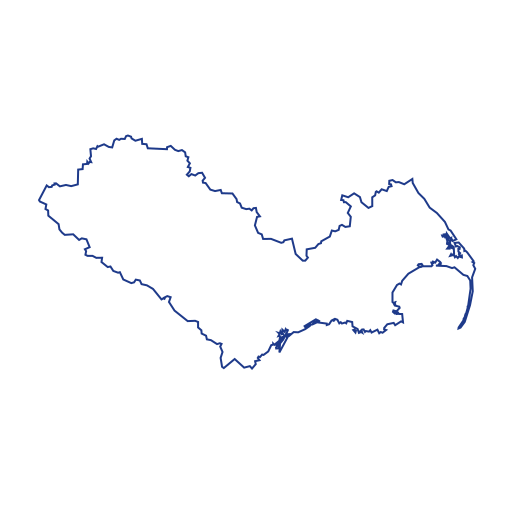 the district of Tasman District, Tasman District, New Zealand, rotated 93°
{"feature_id": "76426892B40420864534448", "entity_name": "Tasman District", "entity_type": "district", "adm_level": 2, "iso_a3": "NZL", "parent_name": "New Zealand", "parent_adm1": "Tasman District", "projection": "albers", "projection_center": [172.761, -41.402], "detail": "fine", "context": "isolated", "style": "outline", "palette": "blue", "viewbox_px": 512, "rotation_deg": 93, "n_neighbors": 0, "source": "geoboundaries", "source_scale": "gbopen_adm2", "svg_char_len": 6030}
<svg xmlns="http://www.w3.org/2000/svg" viewBox="0 0 512 512"><g transform="rotate(93 256 256)"><path d="M350.7,238.8L344.2,236.1L343.6,234.1L342.6,234.2L343.7,233.0L339.4,228.3L335.5,227.7L334.4,228.2L334.8,229.4L332.6,228.4L331.6,229.5L331.9,228.2L330.0,227.7L333.5,225.8L328.2,225.8L330.3,223.4L327.4,222.5L328.9,221.2L327.6,220.0L332.7,221.9L332.3,218.8L333.5,220.0L334.1,218.8L330.0,214.4L330.0,209.9L326.5,203.1L323.2,198.8L321.3,197.0L325.0,202.7L323.5,203.8L316.1,192.9L318.0,188.7L317.9,191.2L319.0,191.9L319.8,181.8L321.2,181.7L320.3,179.4L316.5,177.2L314.6,173.9L315.4,171.4L318.9,169.3L317.7,167.9L318.9,166.7L317.8,163.5L318.5,162.4L316.0,161.5L316.9,156.5L321.2,155.9L323.6,150.7L327.4,149.2L326.4,147.0L327.0,145.9L325.6,146.5L325.9,147.5L325.6,147.9L323.8,146.2L323.7,144.7L326.1,143.2L325.2,142.4L325.6,139.2L324.1,138.0L326.4,136.6L323.2,130.9L326.7,128.9L325.4,127.4L326.0,125.6L323.1,122.2L322.5,124.2L321.1,124.2L317.3,121.3L315.6,115.0L317.8,113.4L313.7,107.7L314.6,105.7L306.3,107.0L306.4,110.2L304.4,111.8L306.3,111.0L306.6,112.8L305.1,113.8L306.0,114.6L304.6,116.3L303.2,115.9L303.9,112.8L300.3,109.8L299.1,110.3L298.2,114.8L297.2,115.4L296.9,114.8L296.5,115.2L295.6,114.6L295.3,114.7L296.2,115.5L295.1,114.9L295.6,116.4L294.8,117.3L285.3,117.8L277.6,113.7L276.0,111.3L276.8,109.7L273.1,108.7L265.7,102.9L258.7,92.4L258.1,90.1L257.4,89.3L258.2,92.2L256.8,93.9L255.7,93.2L255.2,90.2L257.5,88.5L257.1,80.3L256.0,79.3L253.4,80.5L253.3,79.7L253.0,79.6L252.5,78.9L252.4,78.5L253.2,76.7L250.1,75.0L252.3,71.8L254.0,70.5L253.4,71.3L254.7,71.2L253.9,73.3L255.4,71.8L256.2,75.8L256.1,65.3L257.8,59.6L256.9,57.2L264.0,47.9L264.9,43.9L269.2,40.8L277.5,40.0L295.2,41.6L304.4,43.6L308.8,45.8L307.7,45.1L309.1,45.3L316.8,49.9L317.8,50.0L316.8,48.0L310.9,44.1L293.9,39.7L279.9,37.7L266.0,39.1L257.3,36.4L253.8,38.5L251.6,37.7L250.7,39.3L250.2,38.4L249.8,38.4L241.3,45.3L239.7,47.2L240.1,48.2L237.7,48.5L231.9,54.3L232.6,58.4L236.0,56.8L235.5,55.6L236.7,52.9L238.3,53.1L238.3,54.3L241.0,54.1L243.0,51.6L242.2,53.3L243.5,53.5L245.2,51.8L244.7,50.5L246.6,50.3L245.9,53.5L247.4,54.4L245.6,56.2L246.8,57.3L244.5,58.5L245.7,62.1L244.0,61.3L244.8,60.8L243.5,58.3L236.7,59.0L235.1,61.4L235.7,62.5L237.7,61.0L237.0,62.9L238.5,63.0L238.6,65.4L235.0,63.0L233.9,65.9L232.3,65.8L234.4,62.9L233.1,62.7L230.3,64.1L229.7,65.4L231.2,64.9L230.1,66.0L229.1,65.4L228.9,67.3L228.8,65.5L228.2,65.5L227.4,68.9L227.6,66.2L225.7,67.4L225.9,70.3L226.7,69.8L226.9,70.6L225.7,71.2L225.2,68.0L224.5,68.8L224.3,67.7L225.2,66.6L223.7,66.6L228.1,63.2L227.7,62.3L229.3,62.8L230.8,62.5L228.8,61.5L230.7,60.3L228.8,56.8L220.4,63.0L219.4,65.2L212.1,69.1L203.6,77.6L198.6,85.1L190.1,90.9L184.6,97.1L174.9,103.3L170.9,103.9L176.6,111.7L174.7,117.2L175.1,120.2L173.0,123.6L173.9,126.8L177.1,126.8L177.4,124.9L179.2,124.3L180.0,127.1L184.3,128.8L182.8,134.0L186.3,136.7L185.1,139.0L185.7,139.7L189.2,140.2L191.3,143.0L200.1,142.5L202.1,146.2L196.8,153.5L191.7,155.3L188.3,161.3L192.5,167.0L190.9,173.0L195.6,173.9L195.7,171.6L197.7,171.0L197.5,169.2L201.5,163.9L208.2,166.6L211.9,163.4L221.4,163.9L222.3,168.3L220.4,171.8L221.6,174.1L225.6,174.8L227.2,178.2L226.6,181.6L232.7,183.3L237.9,191.6L239.8,191.8L240.8,194.3L244.7,197.3L246.7,205.7L253.1,205.6L254.9,204.1L258.1,206.6L258.2,209.1L251.9,216.5L236.8,221.0L238.9,228.5L240.8,229.4L241.5,231.5L238.1,241.9L238.6,249.8L234.1,251.4L232.8,255.1L225.5,258.7L216.9,257.0L216.2,254.2L212.1,257.6L208.0,258.6L208.4,261.0L210.7,262.7L209.1,265.1L209.7,268.2L208.5,272.8L204.4,274.7L203.1,277.7L200.2,278.4L194.8,282.8L195.1,293.4L191.9,294.7L193.3,300.3L192.1,305.1L185.8,310.1L185.5,312.8L183.5,313.2L180.6,311.0L175.7,314.2L176.3,317.9L178.8,320.9L177.6,324.8L179.9,327.3L178.4,329.3L175.0,326.6L171.4,326.1L170.7,328.7L166.9,326.9L164.4,329.5L160.9,328.7L160.1,331.4L156.2,332.2L154.1,335.5L155.3,339.1L154.2,342.5L150.5,346.9L152.0,350.5L154.0,350.5L154.1,369.7L150.1,371.2L150.0,375.5L145.0,376.1L147.2,382.5L145.1,386.4L143.4,387.0L142.4,390.2L143.1,392.0L146.0,393.2L146.0,396.9L147.2,398.7L146.2,401.4L148.0,403.6L155.1,405.3L154.8,408.7L152.4,413.6L155.1,419.4L154.6,420.1L157.5,421.3L157.0,424.2L158.0,427.0L165.0,426.0L167.4,427.3L170.9,425.5L170.8,427.1L172.4,428.1L170.7,429.4L172.9,429.5L173.5,433.6L178.3,433.7L179.0,438.1L193.8,437.7L195.9,444.2L195.0,449.5L196.7,455.5L193.9,459.5L194.1,461.0L195.2,460.7L196.2,463.2L197.7,463.7L198.1,466.4L196.5,468.7L211.5,475.6L212.9,474.7L215.5,468.1L220.1,468.7L221.4,466.0L226.6,465.5L234.5,454.8L239.7,453.7L242.8,450.9L244.9,448.1L243.9,439.7L249.2,433.5L247.5,430.9L248.2,426.2L255.9,422.6L258.2,427.2L260.1,425.9L263.7,426.4L264.7,424.2L264.4,419.3L266.2,415.4L265.8,409.6L270.1,410.0L274.8,403.5L274.1,400.8L278.4,397.7L279.9,392.8L279.3,391.1L286.4,387.3L289.6,379.1L288.7,376.4L285.9,374.8L286.5,370.7L290.1,368.8L291.0,363.4L294.3,357.1L304.3,348.1L303.1,346.1L304.0,344.5L302.5,345.7L300.7,342.5L301.6,339.1L306.5,340.5L314.8,334.5L324.6,320.8L323.9,313.4L324.9,310.4L330.4,310.1L333.0,306.7L336.3,306.2L338.2,301.7L341.8,300.7L342.4,296.6L346.0,290.3L345.0,287.5L345.6,285.8L348.3,287.0L353.6,284.4L359.6,286.0L368.4,284.1L369.6,282.3L360.0,271.9L368.1,262.0L366.3,256.4L368.6,254.1L364.0,250.6L361.1,251.4L359.9,247.1L357.7,248.9L356.3,248.2L356.7,246.7L354.1,244.7L354.4,243.3L350.7,238.8ZM351.1,227.6L334.6,219.8L333.6,220.8L335.2,221.2L333.5,222.4L338.1,224.5L342.0,227.4L351.1,227.6ZM334.9,223.3L334.1,223.8L335.1,223.8L335.6,225.7L338.9,227.6L340.1,227.0L334.9,223.3ZM342.0,227.7L346.3,231.2L347.3,231.0L347.0,228.4L342.0,227.7ZM343.4,229.2L339.7,227.9L344.5,231.6L343.4,229.2ZM325.4,152.3L324.3,154.0L324.8,155.0L327.2,152.7L325.4,152.3ZM319.3,192.1L318.9,192.4L319.2,192.5L319.6,193.3L318.4,192.5L319.4,194.6L321.7,196.6L319.3,192.1ZM254.5,78.7L252.7,78.2L252.5,78.9L254.5,78.7ZM304.0,43.7L302.1,43.4L305.0,44.3L304.0,43.7ZM316.8,176.0L316.6,174.9L315.7,173.8L316.8,176.0ZM296.0,42.0L294.6,41.8L296.3,42.2L296.0,42.0ZM342.4,230.8L341.3,229.7L341.2,229.7L341.4,230.3L342.4,230.8Z" fill="none" stroke="#1e3a8a" stroke-width="2"/></g></svg>